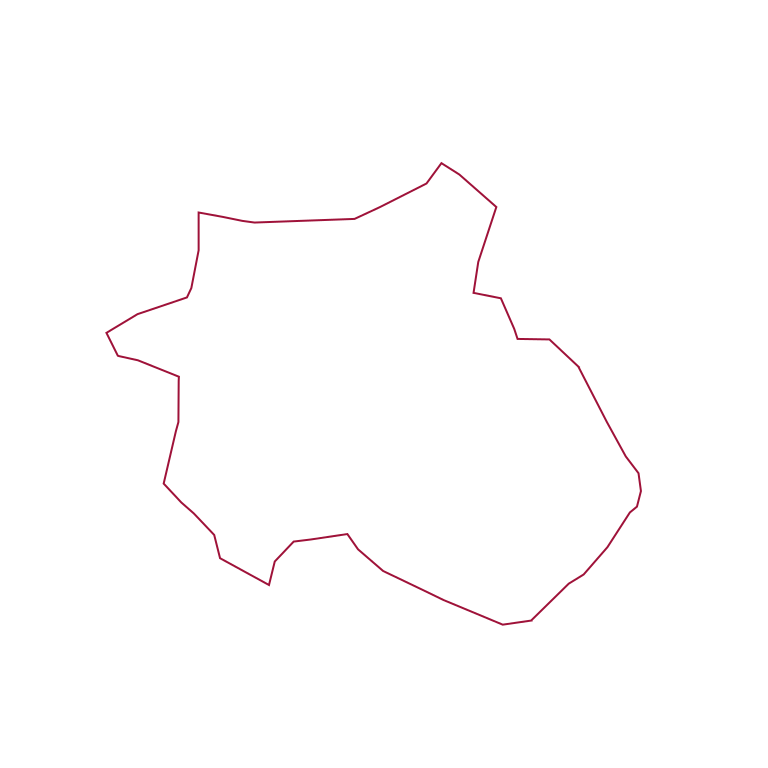 Erdenedalai, Dundgovi, Mongolia, rotated 109°
{"feature_id": "93677404B12047368339882", "entity_name": "Erdenedalai", "entity_type": "district", "adm_level": 2, "iso_a3": "MNG", "parent_name": "Mongolia", "parent_adm1": "Dundgovi", "projection": "mercator", "projection_center": [104.982, 46.023], "detail": "fine", "context": "isolated", "style": "outline", "palette": "rose", "viewbox_px": 768, "rotation_deg": 109, "n_neighbors": 0, "source": "geoboundaries", "source_scale": "gbopen_adm2", "svg_char_len": 850}
<svg xmlns="http://www.w3.org/2000/svg" viewBox="0 0 768 768"><g transform="rotate(109 384 384)"><path d="M559.7,167.7L559.6,167.8L512.6,144.3L499.1,133.2L465.5,119.6L425.4,109.7L417.6,104.9L401.6,106.2L385.5,114.3L373.8,131.8L347.2,161.1L304.5,205.7L304.4,205.6L288.0,242.1L297.9,272.4L289.5,278.8L264.9,301.4L268.7,329.0L237.9,334.6L180.1,335.4L161.4,381.0L156.5,401.6L180.6,409.1L218.2,445.6L237.5,465.6L273.5,559.0L275.9,571.1L278.5,590.9L282.2,615.1L317.9,602.8L356.0,597.4L366.3,598.5L398.2,639.8L426.0,663.1L443.9,644.9L443.9,643.6L441.7,624.4L443.9,580.3L447.7,579.2L486.9,566.0L496.4,565.4L549.9,559.9L562.0,537.1L568.3,521.7L582.0,495.4L602.1,482.3L611.5,427.3L587.4,429.5L562.4,418.1L554.9,402.7L537.8,369.8L548.8,354.7L561.1,323.9L565.8,283.0L568.9,257.2L572.9,193.4L559.7,167.7Z" fill="none" stroke="#9f1239" stroke-width="2"/></g></svg>